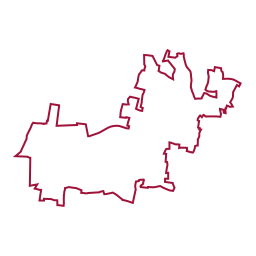 Tinum, Yucatán, Mexico
{"feature_id": "50627088B49969803808999", "entity_name": "Tinum", "entity_type": "district", "adm_level": 2, "iso_a3": "MEX", "parent_name": "Mexico", "parent_adm1": "Yucatán", "projection": "mercator", "projection_center": [-88.459, 20.741], "detail": "fine", "context": "isolated", "style": "outline", "palette": "rose", "viewbox_px": 256, "rotation_deg": 0, "n_neighbors": 0, "source": "geoboundaries", "source_scale": "gbopen_adm2", "svg_char_len": 5803}
<svg xmlns="http://www.w3.org/2000/svg" viewBox="0 0 256 256"><path d="M172.7,183.0L165.0,181.9L165.1,178.7L168.2,178.8L168.2,172.8L166.1,173.0L167.0,167.0L167.4,165.5L167.5,164.9L167.2,163.3L167.3,162.6L167.1,162.0L165.6,161.8L166.2,153.9L164.8,153.7L163.9,153.7L165.1,151.0L166.3,148.9L169.5,148.8L169.4,142.4L170.5,142.6L172.2,143.2L173.6,143.6L174.6,144.1L175.3,144.3L175.6,144.3L176.4,144.5L177.0,144.3L178.2,144.4L179.4,144.6L179.3,145.3L179.3,146.3L179.2,147.1L179.1,148.0L180.0,147.8L181.7,147.7L181.9,147.7L182.9,147.6L183.5,147.8L185.1,147.7L186.0,147.8L186.5,147.8L186.9,147.8L187.0,149.1L187.0,150.3L186.8,151.1L187.7,151.3L187.9,151.3L188.3,151.5L188.6,151.6L189.2,151.6L189.5,151.7L190.2,152.2L190.4,152.2L191.2,152.1L192.2,152.6L192.6,152.6L193.2,152.2L193.6,151.5L193.9,150.7L194.3,149.8L194.7,148.4L195.1,146.6L195.1,146.1L196.7,145.5L197.7,145.5L197.9,140.2L197.7,139.8L199.3,136.4L199.3,133.1L199.6,132.5L200.5,130.4L201.0,129.6L199.3,129.4L199.8,128.2L198.1,127.6L198.7,123.4L198.9,122.5L198.9,122.0L199.1,121.0L197.7,120.4L197.8,118.9L199.6,115.9L200.1,115.5L201.9,117.2L203.0,115.4L203.5,114.9L204.5,115.5L205.1,116.2L206.3,116.6L206.7,116.4L213.8,116.4L215.2,116.5L216.0,116.4L220.4,116.8L221.0,113.9L220.7,113.0L220.4,111.3L220.0,109.9L220.0,108.9L221.9,109.4L223.6,109.9L223.6,110.6L223.7,112.0L223.9,112.8L225.6,113.2L225.6,112.0L225.3,110.8L225.4,110.1L225.4,109.1L225.5,108.3L226.2,108.3L226.8,105.6L228.5,106.1L229.0,106.5L229.7,106.8L232.8,106.6L231.4,104.0L230.2,102.4L230.4,101.8L231.6,99.9L231.7,99.5L232.4,98.6L232.9,96.9L233.0,96.0L233.0,94.0L233.2,92.9L233.1,92.0L233.5,91.5L235.8,87.1L237.0,85.0L239.1,86.4L240.6,83.4L237.1,81.5L236.5,81.1L233.6,79.6L232.8,79.5L232.1,79.2L230.3,78.9L227.6,78.7L223.0,78.9L223.1,77.0L223.2,76.8L223.1,75.5L223.1,74.6L222.7,72.1L221.7,71.5L221.6,71.3L221.1,69.6L221.2,69.0L221.1,68.2L214.9,67.1L214.1,71.2L211.7,70.2L208.2,69.9L208.2,70.3L208.0,72.0L208.0,72.8L208.0,73.2L208.2,73.5L208.2,73.9L208.6,76.0L208.7,76.9L208.5,78.5L208.4,79.8L208.2,81.5L207.9,82.9L207.4,84.3L206.8,85.6L206.2,87.1L205.4,89.7L206.4,90.5L207.1,90.9L207.6,91.2L207.8,91.3L208.5,91.4L210.0,91.6L211.0,91.6L212.1,91.8L213.1,91.8L214.1,91.8L214.5,91.7L215.3,91.4L216.3,91.2L216.3,92.5L216.5,93.4L216.5,93.8L216.4,95.6L216.4,96.9L216.4,97.5L214.8,97.1L212.8,96.7L212.0,96.5L211.2,96.1L209.9,95.8L208.6,94.9L207.8,94.4L207.4,94.1L207.1,93.9L205.6,93.3L204.3,93.0L203.9,93.4L203.9,93.6L203.6,94.1L203.3,94.8L203.0,95.5L202.3,96.6L201.6,98.4L200.2,98.6L199.7,98.6L199.1,98.5L198.3,98.5L195.1,98.8L194.9,98.2L194.6,97.7L194.2,97.0L193.8,95.8L193.2,93.7L192.9,93.0L192.4,92.2L192.2,91.4L191.9,90.9L191.7,90.3L191.5,89.0L191.3,88.4L191.0,88.0L191.0,87.4L190.8,86.9L190.9,86.1L190.9,85.9L191.0,85.1L191.1,84.5L191.1,83.3L191.4,81.8L191.5,80.5L191.1,76.5L191.0,75.7L190.9,73.8L190.5,71.9L190.4,71.5L190.2,71.1L188.9,69.6L188.2,68.6L187.2,67.6L186.9,67.2L185.7,64.5L185.4,63.2L185.2,62.6L185.1,62.2L184.5,59.9L184.3,59.2L184.3,58.7L184.1,58.1L184.0,57.7L183.9,57.5L183.7,56.3L183.8,55.4L183.7,54.2L183.5,53.3L180.5,53.9L179.7,53.5L179.0,53.3L178.1,53.4L177.1,53.8L177.5,56.0L175.3,57.7L168.4,56.8L169.5,51.3L168.9,51.0L167.6,50.2L166.7,51.5L166.3,52.8L165.6,54.1L164.6,57.2L164.4,57.7L164.1,58.6L163.7,59.6L163.4,60.3L163.0,60.8L162.8,61.2L162.1,61.6L168.0,60.5L174.8,69.0L174.4,71.6L172.9,74.3L172.8,76.3L173.1,79.3L168.9,77.1L164.9,73.8L160.7,72.4L158.5,70.8L158.8,70.1L158.9,69.3L159.4,65.7L157.1,65.0L152.5,55.9L147.4,55.2L144.1,55.0L144.3,64.5L145.1,65.9L145.3,66.7L145.0,67.3L144.8,67.8L144.5,68.6L144.3,70.5L142.2,70.3L141.6,70.7L141.5,71.1L140.9,71.9L140.6,72.4L140.1,73.1L139.3,74.0L139.0,74.5L138.6,75.8L138.0,79.2L137.9,80.4L137.5,82.1L135.6,86.3L135.5,86.6L135.0,87.5L136.0,87.7L140.5,89.0L142.1,89.3L144.5,90.0L143.8,92.4L143.2,93.8L142.6,94.7L141.8,100.7L141.7,102.6L140.6,106.9L142.8,108.0L142.4,109.2L142.2,110.9L140.2,110.6L137.0,109.3L136.0,108.8L136.4,107.6L138.7,98.8L134.7,97.7L132.1,97.2L130.0,96.7L129.2,97.7L128.4,98.5L128.1,99.0L127.8,101.0L127.8,101.4L128.1,102.1L128.3,102.7L128.7,104.4L127.6,104.4L126.4,104.5L125.8,104.5L124.9,104.4L123.4,104.1L122.7,104.1L120.9,110.8L120.6,112.7L120.5,114.5L120.2,117.2L125.9,117.8L126.1,117.2L126.5,117.2L129.4,118.0L128.1,122.1L127.3,125.6L129.1,126.2L128.6,128.5L126.5,128.3L119.4,126.0L117.5,125.8L116.3,125.8L114.3,125.9L111.1,126.5L108.1,127.7L99.4,132.6L98.0,133.2L89.2,136.2L88.1,136.2L87.8,134.6L85.8,124.3L77.0,123.3L77.1,125.0L56.6,125.8L58.8,108.0L59.1,106.0L59.1,105.3L50.7,104.0L47.8,120.8L47.0,120.7L46.5,123.5L43.8,123.6L43.7,124.0L43.1,123.9L42.4,123.6L41.6,123.4L37.1,123.3L34.3,123.0L33.2,122.7L32.3,123.9L31.6,125.2L31.0,127.0L30.4,128.3L28.6,131.8L26.8,135.6L26.5,139.2L25.4,141.3L23.6,145.4L21.7,149.4L20.6,151.9L15.4,156.2L27.3,156.7L28.0,157.0L29.5,157.8L30.3,157.8L29.9,182.5L29.8,185.8L37.2,184.4L34.7,188.6L36.5,189.0L39.3,189.8L41.1,189.9L39.5,200.5L44.0,200.5L44.0,198.8L51.3,199.1L54.1,200.2L57.2,200.3L57.3,201.4L57.4,205.1L57.6,205.1L63.6,205.8L63.9,203.2L63.8,201.7L63.8,201.1L63.8,199.1L63.9,195.2L64.1,194.2L64.3,191.7L64.6,190.6L64.9,190.0L65.0,188.1L68.9,187.1L76.5,188.2L81.5,190.3L81.2,192.8L86.7,193.4L88.1,193.0L99.4,192.3L100.3,191.7L103.3,191.1L104.3,194.2L106.5,194.0L112.9,192.6L116.3,194.7L117.5,195.6L120.8,198.3L122.2,199.3L122.5,200.0L123.4,200.0L125.2,200.6L125.5,200.5L128.1,201.3L132.8,202.9L135.7,189.4L135.2,186.6L135.2,186.0L135.3,184.9L136.0,181.5L138.3,181.2L139.1,180.8L139.2,180.5L139.1,180.1L139.9,179.8L143.6,179.6L143.9,179.9L143.8,180.6L143.3,182.0L143.1,183.9L141.7,184.9L141.2,185.3L140.7,185.8L140.5,186.2L140.5,186.7L140.7,187.1L144.8,187.5L147.7,187.8L147.9,187.0L153.1,187.3L155.0,187.1L157.0,186.7L160.1,186.0L163.6,187.9L169.3,190.3L173.0,190.9L174.5,187.8L172.9,184.0L172.7,183.0Z" fill="none" stroke="#9f1239" stroke-width="2"/></svg>